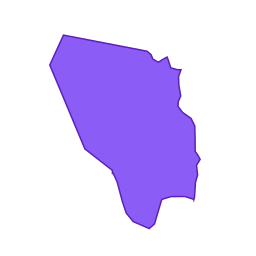 outline of Åmål, Västra Götaland, Sweden, rotated 170°
{"feature_id": "70781695B68260395604399", "entity_name": "Åmål", "entity_type": "district", "adm_level": 2, "iso_a3": "SWE", "parent_name": "Sweden", "parent_adm1": "Västra Götaland", "projection": "mercator", "projection_center": [12.59, 58.965], "detail": "fine", "context": "isolated", "style": "filled", "palette": "violet", "viewbox_px": 256, "rotation_deg": 170, "n_neighbors": 0, "source": "geoboundaries", "source_scale": "gbopen_adm2", "svg_char_len": 679}
<svg xmlns="http://www.w3.org/2000/svg" viewBox="0 0 256 256"><g transform="rotate(170 128 128)"><path d="M75.7,45.8L74.5,48.5L72.2,57.7L71.0,62.8L67.6,69.7L67.0,79.4L62.4,84.6L64.2,89.8L65.9,93.2L63.6,106.9L61.9,118.4L64.2,126.4L71.6,133.9L75.0,140.7L73.9,145.3L70.5,150.5L70.5,161.3L69.3,169.9L65.7,176.2L69.1,176.8L75.4,179.8L76.5,187.5L77.2,191.1L82.3,189.3L86.7,187.5L91.5,191.5L92.6,196.3L95.9,200.3L174.7,230.4L175.4,230.7L194.1,203.6L174.1,114.9L150.8,89.0L151.2,86.0L150.5,86.1L148.1,77.1L146.3,56.6L144.5,44.5L139.1,34.9L124.6,25.3L118.6,28.9L110.8,44.5L107.1,51.8L97.5,53.0L83.7,50.6L75.8,46.4L75.7,45.8Z" fill="#8b5cf6" stroke="#5b21b6" stroke-width="1.5"/></g></svg>